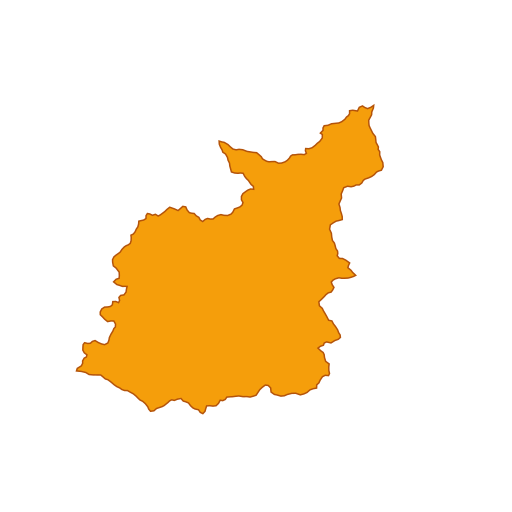 Oliveira, Minas Gerais, Brazil (orthographic projection), rotated 300°
{"feature_id": "56859067B19683388883575", "entity_name": "Oliveira", "entity_type": "district", "adm_level": 2, "iso_a3": "BRA", "parent_name": "Brazil", "parent_adm1": "Minas Gerais", "projection": "orthographic", "projection_center": [-44.715, -20.754], "detail": "fine", "context": "isolated", "style": "filled", "palette": "amber", "viewbox_px": 512, "rotation_deg": 300, "n_neighbors": 0, "source": "geoboundaries", "source_scale": "gbopen_adm2", "svg_char_len": 5277}
<svg xmlns="http://www.w3.org/2000/svg" viewBox="0 0 512 512"><g transform="rotate(300 256 256)"><path d="M244.6,335.8L247.8,333.3L251.3,334.4L255.0,335.4L257.5,335.9L260.2,337.0L262.3,339.1L264.9,339.4L267.8,339.2L269.2,336.4L271.1,334.2L273.7,334.8L275.9,336.1L278.6,338.7L279.6,341.4L280.8,343.5L282.9,346.7L284.9,348.8L287.1,350.7L289.1,352.0L290.1,347.8L291.1,345.5L291.8,341.4L294.1,340.8L296.8,340.6L297.3,335.8L297.1,332.2L295.6,329.4L296.8,326.2L299.0,325.6L301.0,324.2L302.4,321.4L304.6,319.3L306.4,317.4L307.6,314.5L310.3,312.1L313.4,309.9L316.0,306.3L320.2,304.8L323.7,306.5L326.3,308.0L328.0,309.9L330.7,312.5L333.3,310.9L335.5,308.7L337.5,306.4L340.0,304.5L342.5,301.8L345.9,301.4L349.0,301.1L352.3,298.8L355.7,298.4L359.0,297.8L362.2,300.4L363.5,303.7L365.4,305.8L367.6,307.2L369.2,309.9L372.1,311.1L375.1,311.1L377.2,312.0L379.9,314.4L382.7,316.4L385.6,317.7L388.9,318.4L390.8,319.6L393.0,321.7L396.9,321.5L400.3,319.1L402.0,316.5L403.5,314.7L405.3,312.6L408.2,311.0L409.4,308.5L411.6,307.5L413.0,305.4L414.4,303.1L416.7,301.5L419.1,299.7L420.7,295.7L422.5,293.0L424.1,290.6L425.5,288.7L427.6,287.2L430.0,285.7L433.3,285.6L436.1,285.5L438.7,284.2L442.8,283.7L445.3,282.6L442.2,281.1L439.4,278.9L439.0,275.9L439.2,273.2L436.4,271.1L432.3,271.4L430.6,266.9L428.6,264.4L426.0,265.9L423.7,265.8L421.6,264.9L418.8,264.6L415.2,263.1L412.6,261.2L410.5,258.3L408.3,255.3L405.2,253.0L402.9,249.9L400.4,250.0L398.3,251.2L394.6,250.3L394.4,252.7L391.3,254.4L387.1,253.9L384.2,252.7L381.5,252.0L377.7,250.4L375.3,248.1L373.9,245.3L371.8,246.2L370.1,248.3L367.9,247.1L366.6,244.1L364.9,241.4L363.2,239.3L361.8,237.0L359.8,236.0L357.5,236.0L354.6,235.3L352.1,234.1L349.2,231.6L347.6,229.1L347.3,225.2L345.6,222.4L344.1,220.2L343.4,218.0L343.3,215.3L343.4,213.0L344.6,211.0L345.2,208.2L345.8,204.9L344.3,201.7L343.4,199.3L342.1,195.9L341.4,191.4L339.9,188.0L338.0,185.7L337.1,182.6L337.7,179.1L338.5,176.0L338.5,171.6L337.7,169.4L337.1,166.6L334.5,168.3L332.4,171.0L330.9,173.6L329.3,175.4L329.1,178.6L327.1,182.0L325.0,183.9L323.2,186.6L320.9,188.3L318.8,190.4L316.5,192.7L317.2,196.0L318.6,199.0L320.1,201.0L321.2,203.5L319.3,206.4L318.2,209.1L317.6,211.7L316.5,213.9L315.5,216.0L315.0,218.9L312.6,220.6L311.3,217.8L309.0,216.0L306.7,214.9L303.5,213.5L300.3,213.6L297.4,215.3L295.8,218.0L293.1,218.5L290.4,217.5L288.4,215.9L286.0,213.8L282.4,214.0L279.9,213.5L276.9,211.2L275.2,207.9L274.3,204.9L271.8,202.5L269.1,201.1L266.6,200.3L265.2,198.1L264.3,195.3L262.3,193.7L259.2,192.6L259.3,189.7L260.9,187.2L260.9,184.1L261.9,181.2L260.9,179.0L260.2,176.6L261.4,173.3L263.4,170.6L262.4,167.8L259.0,166.7L256.4,165.8L256.0,161.7L255.1,156.9L251.8,155.6L248.9,154.8L246.1,153.6L244.0,152.7L241.7,151.3L241.8,148.0L239.5,146.0L239.3,143.0L238.5,140.7L236.0,140.6L233.4,142.0L230.9,140.7L229.2,138.8L227.6,137.1L225.1,138.3L222.2,139.1L219.4,138.9L216.5,139.2L213.7,138.8L211.5,137.3L209.6,138.7L206.8,140.2L204.0,140.8L201.8,139.8L200.0,138.4L198.0,137.4L194.7,136.6L191.3,136.4L188.8,135.3L186.7,134.3L184.2,133.4L181.1,133.6L179.0,134.9L176.1,137.4L175.6,140.9L174.6,143.2L173.6,145.6L170.6,147.5L168.3,148.6L165.9,146.5L162.4,145.6L161.7,149.8L162.4,152.7L162.9,155.5L164.1,157.5L165.2,159.6L162.5,160.4L159.8,161.5L156.3,161.1L154.2,158.5L151.6,158.0L149.3,160.1L146.9,160.3L146.5,157.3L144.9,154.8L141.9,156.0L139.6,155.2L137.9,153.3L136.0,150.4L133.0,148.9L129.6,149.1L127.3,150.5L126.5,153.7L125.6,156.5L125.0,160.3L127.3,162.9L128.6,165.4L126.8,168.4L124.2,169.7L122.1,169.2L119.3,169.6L115.8,169.5L112.1,169.8L109.6,170.7L106.6,171.2L103.5,169.2L102.6,166.1L102.2,162.6L102.3,158.9L100.2,157.0L97.6,156.2L96.1,154.0L95.2,150.9L92.8,150.6L90.5,151.7L87.9,153.1L86.3,155.7L85.9,159.0L83.7,159.6L81.7,158.3L78.4,158.3L76.5,159.5L73.6,159.7L71.5,158.6L69.3,157.4L66.7,158.0L68.7,162.4L70.0,166.8L69.9,170.7L71.5,174.2L73.6,178.0L75.3,181.0L74.8,184.0L74.2,187.0L74.8,189.5L74.5,192.4L74.1,194.9L73.6,197.4L73.3,200.7L73.6,204.0L73.3,206.5L73.8,209.4L75.2,212.0L75.2,215.4L75.3,218.7L74.7,222.2L74.0,224.6L73.3,227.4L73.5,230.6L72.8,234.0L71.3,237.7L69.8,239.6L68.8,242.3L70.9,245.0L74.2,246.1L76.7,248.3L78.6,250.0L80.5,251.2L82.8,252.1L85.1,253.0L87.3,253.6L89.3,254.9L90.1,257.5L92.7,259.5L95.1,262.3L94.0,265.5L94.6,268.0L95.0,271.0L93.6,274.2L92.9,277.2L93.0,279.6L94.1,283.1L92.7,285.9L92.9,288.8L96.0,289.5L99.0,288.7L101.5,288.2L103.2,290.7L104.5,293.8L106.4,296.3L109.6,297.2L113.2,297.1L114.1,299.5L116.4,301.1L119.2,301.3L120.8,303.5L122.4,306.0L124.4,308.6L126.2,311.1L127.7,315.1L129.7,318.4L130.9,321.4L133.3,323.8L135.5,325.7L139.0,325.9L142.2,326.1L145.5,327.1L148.9,328.6L150.0,331.3L149.1,334.6L145.7,337.1L145.3,341.1L146.1,343.5L147.1,347.6L149.1,350.4L151.8,352.4L154.9,355.6L157.0,359.0L157.9,363.8L160.5,366.4L163.3,368.4L167.1,369.7L169.7,371.9L171.9,374.5L174.8,373.0L177.5,373.9L180.7,373.6L184.7,373.9L187.3,375.6L188.7,378.6L191.0,378.4L193.3,376.3L196.3,374.5L199.1,373.3L199.6,369.0L202.3,366.1L204.7,364.3L206.0,362.4L206.3,359.5L207.2,355.7L210.0,356.9L212.4,359.0L214.8,358.6L216.9,360.1L218.2,364.4L222.3,366.6L225.0,368.9L227.7,369.8L229.7,368.3L230.8,366.1L232.9,363.5L234.6,360.2L235.9,357.0L237.7,354.2L236.7,351.0L238.9,347.6L240.8,344.4L242.3,341.7L243.8,339.6L244.6,335.8Z" fill="#f59e0b" stroke="#b45309" stroke-width="1.5"/></g></svg>